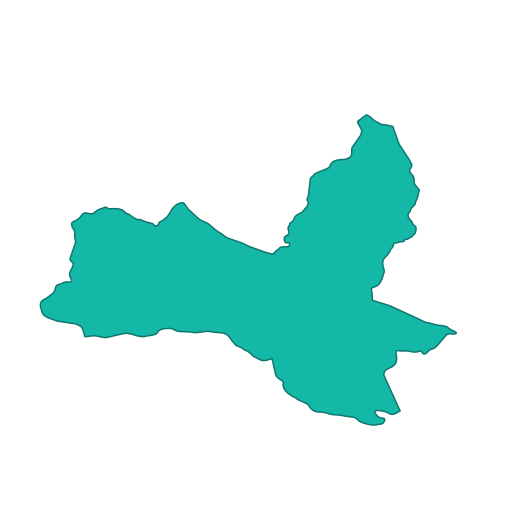 Khon Kaen, Equal Earth projection, rotated 97°
{"feature_id": "THA-438", "entity_name": "Khon Kaen", "entity_type": "Province", "adm_level": 1, "iso_a3": "THA", "parent_name": "Thailand", "parent_adm1": "", "projection": "equal_earth", "projection_center": [102.567, 16.348], "detail": "fine", "context": "isolated", "style": "filled", "palette": "teal", "viewbox_px": 512, "rotation_deg": 97, "n_neighbors": 0, "source": "natural_earth", "source_scale": "10m", "svg_char_len": 6124}
<svg xmlns="http://www.w3.org/2000/svg" viewBox="0 0 512 512"><g transform="rotate(97 256 256)"><path d="M152.3,113.9L153.5,113.6L154.6,112.8L157.6,109.8L159.1,108.9L160.9,108.4L163.6,108.0L165.2,107.4L166.4,106.4L167.1,105.6L170.6,102.0L178.3,102.8L182.1,104.0L185.3,104.5L185.9,104.8L188.7,107.0L189.9,107.8L193.3,108.7L195.3,109.9L196.9,110.1L198.0,109.8L199.1,109.4L201.5,107.2L202.1,106.4L202.7,105.8L203.4,105.2L204.7,104.6L205.4,104.0L206.0,103.4L206.8,102.0L207.7,101.0L208.5,100.6L209.7,100.4L211.4,100.4L214.0,100.9L215.1,101.6L216.4,102.8L217.8,103.4L218.2,103.9L218.9,105.4L219.3,106.0L220.3,106.9L220.8,107.5L221.1,109.2L221.4,109.9L222.0,110.4L223.3,111.0L223.7,111.5L224.0,112.3L224.1,114.0L224.3,114.8L225.4,116.8L226.4,120.1L227.0,120.7L228.0,121.0L229.9,121.2L231.5,122.0L232.7,123.0L235.3,123.8L235.8,124.1L238.8,125.5L242.7,128.5L245.1,129.4L247.1,129.5L250.5,128.7L254.0,127.2L255.7,126.8L256.6,126.9L263.1,128.1L266.4,129.2L267.8,129.9L269.2,130.8L270.5,131.9L271.1,132.5L273.5,137.0L274.3,137.4L275.3,137.5L278.6,136.3L280.4,135.9L283.9,135.5L285.1,135.2L285.6,135.0L286.1,133.5L289.0,117.5L299.2,85.3L300.7,81.3L301.0,80.4L301.2,79.3L301.3,76.9L302.5,67.8L302.5,60.5L302.7,59.3L302.9,58.3L303.3,57.5L304.2,56.0L305.7,52.7L306.9,49.0L307.4,48.2L308.0,47.9L308.7,48.2L309.3,49.6L309.5,51.0L309.5,53.5L309.7,54.5L310.3,56.2L310.8,57.0L311.9,57.9L322.9,65.3L325.3,67.4L325.8,68.0L326.6,69.3L327.4,71.2L327.9,71.9L328.7,72.7L331.6,75.0L332.4,76.1L332.8,77.1L332.6,78.0L332.2,78.7L330.9,79.8L330.4,80.4L330.3,81.2L330.5,82.0L331.6,84.4L332.0,86.5L332.1,88.9L331.7,93.6L331.8,94.7L332.6,100.0L332.6,103.6L332.7,104.7L333.6,105.3L335.1,105.3L339.1,104.1L341.6,103.8L344.6,104.1L346.9,105.1L349.3,107.3L352.0,111.6L353.1,112.9L353.7,113.5L354.4,113.9L355.9,114.5L356.8,114.7L358.7,114.6L392.2,94.1L396.0,99.4L396.7,102.0L396.5,103.4L395.2,107.0L394.8,108.7L394.5,110.9L394.4,115.6L394.8,117.7L395.4,118.9L396.1,119.0L396.8,118.9L397.6,118.5L399.3,116.8L400.4,115.6L400.8,114.8L401.2,113.9L401.4,113.0L401.5,111.9L401.6,109.7L401.8,108.8L402.4,108.4L403.4,108.3L404.7,108.6L406.6,109.6L407.5,111.2L409.0,116.4L409.6,120.1L409.3,125.0L408.4,130.4L407.8,132.4L407.0,134.0L406.0,135.4L405.0,136.6L404.5,137.8L404.2,139.4L404.1,147.7L403.7,153.3L404.1,159.2L404.0,162.0L403.9,163.9L403.3,166.3L402.9,171.2L403.3,175.7L403.2,177.0L402.9,178.9L401.9,181.3L400.4,183.4L399.7,183.9L397.3,186.1L396.4,187.4L394.0,195.4L393.2,197.3L392.5,198.7L392.0,199.3L390.7,203.0L389.9,204.7L387.7,208.5L385.6,210.9L383.9,212.2L382.3,213.0L380.6,213.4L378.9,213.3L378.1,213.4L377.4,213.9L376.9,214.5L374.5,219.0L373.3,220.6L372.1,221.5L370.7,222.3L357.4,227.0L355.6,227.8L356.3,228.5L357.8,231.7L358.7,234.5L359.0,236.6L358.3,240.0L355.8,246.3L354.6,248.2L354.1,248.6L353.6,249.3L351.4,253.0L350.6,256.1L350.2,256.8L349.7,257.4L349.1,258.5L348.5,260.0L347.8,262.9L346.8,265.5L342.8,269.8L342.2,270.2L339.3,273.0L338.3,274.4L337.4,275.8L337.0,276.9L336.6,278.4L336.4,281.6L336.8,287.9L336.6,293.9L336.8,295.8L337.3,298.1L338.6,302.6L339.6,307.5L339.4,312.1L340.2,321.9L340.2,324.2L340.0,325.8L338.4,330.5L338.3,332.2L338.6,334.6L339.5,339.2L341.1,342.3L342.3,343.7L344.1,344.5L344.8,344.9L345.9,346.1L347.2,349.3L349.0,355.6L349.5,356.5L349.8,357.9L349.9,359.8L349.8,363.7L349.3,367.1L348.8,369.0L348.5,373.7L348.6,375.7L349.2,378.2L355.1,394.3L355.3,395.8L355.4,397.9L354.9,404.2L354.9,406.7L355.1,408.2L357.0,415.9L350.2,418.9L349.2,419.5L347.8,420.6L347.2,421.6L346.4,423.3L345.5,426.1L345.3,427.1L344.9,442.6L345.0,443.8L344.7,446.0L342.6,455.0L341.3,458.0L340.4,459.7L338.2,461.3L333.1,463.6L331.4,464.0L329.5,464.1L327.9,463.7L327.2,463.3L326.0,462.3L324.4,460.4L323.5,458.9L317.5,452.7L316.3,452.2L314.6,451.5L313.2,451.4L310.7,450.9L309.6,450.2L308.8,449.4L307.5,446.5L305.6,443.2L305.2,442.4L304.9,441.4L304.7,438.8L304.3,436.9L303.6,436.2L302.8,435.9L302.1,436.2L299.4,438.0L297.1,438.9L295.6,438.8L293.5,438.3L289.0,436.7L286.9,436.4L285.6,436.5L283.5,439.1L282.9,439.7L282.3,440.1L280.1,440.1L265.6,436.9L263.4,436.8L259.5,438.2L254.3,438.9L253.5,439.1L252.8,439.5L249.4,442.1L246.6,443.0L245.6,442.8L244.8,442.4L241.5,437.5L240.5,436.5L239.1,435.4L236.2,433.6L234.8,432.5L234.1,431.3L234.0,430.2L234.3,426.4L234.3,425.4L234.2,424.3L233.9,423.3L233.5,422.6L232.3,421.5L229.5,418.5L228.7,417.0L225.8,411.2L227.0,408.0L226.8,405.4L226.2,402.4L225.9,398.5L226.5,394.5L229.5,389.8L230.2,386.8L231.1,385.6L233.0,381.8L234.4,377.8L233.9,375.9L235.7,368.7L236.1,365.3L236.6,362.2L238.1,360.6L238.8,360.1L237.6,357.2L235.0,356.4L234.4,356.0L233.8,355.5L232.4,353.3L229.0,349.8L226.2,348.0L218.5,344.4L214.9,341.4L214.1,340.4L212.2,336.5L212.1,335.3L212.1,334.5L213.5,332.9L217.6,329.1L225.5,318.3L227.2,315.1L229.3,308.5L230.0,306.9L235.3,299.0L235.6,298.1L236.9,295.8L238.0,293.2L240.2,289.5L241.3,287.2L241.8,285.7L244.7,271.8L247.5,263.5L251.5,245.7L251.9,241.5L251.8,238.9L249.0,237.2L248.4,236.6L246.8,234.7L244.7,233.2L244.3,232.6L243.9,231.2L243.4,229.4L242.9,225.7L242.3,224.6L241.6,224.1L239.5,224.3L239.1,224.8L238.9,225.5L239.2,227.4L239.1,228.2L238.8,228.7L237.6,229.5L236.2,230.0L234.6,230.1L233.9,230.0L233.2,229.5L232.5,228.8L231.1,226.9L230.4,226.3L229.8,226.1L228.3,226.2L225.5,227.3L224.1,227.6L223.4,227.5L221.5,226.6L219.4,226.3L217.3,224.0L216.6,223.5L212.4,222.1L211.8,221.7L210.4,220.6L209.8,219.8L207.2,215.9L206.6,215.3L205.9,214.8L203.1,213.2L201.0,211.6L198.7,210.8L197.0,210.6L196.2,210.8L194.5,211.9L193.9,212.2L193.3,212.2L189.9,211.4L172.6,211.4L171.7,211.1L170.8,210.4L169.5,209.1L168.1,208.3L166.9,207.1L165.6,205.1L160.9,196.6L159.6,194.8L158.2,193.7L155.8,193.0L154.1,192.0L153.3,191.3L152.4,190.2L151.1,187.6L150.3,185.1L149.5,180.8L148.9,178.7L148.2,177.1L146.6,174.9L146.0,174.2L144.4,173.6L142.5,173.5L138.0,174.0L136.3,173.7L123.9,167.1L122.1,166.6L120.2,166.3L118.4,166.5L117.7,166.7L111.1,171.4L110.3,171.5L109.4,171.1L107.9,169.3L105.7,167.2L102.4,163.5L103.6,160.3L107.3,154.9L110.0,147.8L110.2,146.0L110.2,144.3L110.0,143.1L110.8,136.0L127.9,127.4L141.3,115.9L146.0,112.7L147.7,112.4L148.4,112.5L150.7,113.7L152.3,113.9Z" fill="#14b8a6" stroke="#0f766e" stroke-width="1.5"/></g></svg>